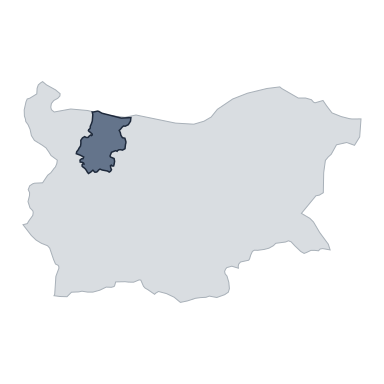 Vratsa highlighted on a map of Bulgaria
{"feature_id": "BGR-2251", "entity_name": "Vratsa", "entity_type": "Province", "adm_level": 1, "iso_a3": "BGR", "parent_name": "Bulgaria", "parent_adm1": "", "projection": "mercator", "projection_center": [23.765, 43.427], "detail": "fine", "context": "in_parent", "style": "filled", "palette": "slate", "viewbox_px": 384, "rotation_deg": 0, "n_neighbors": 0, "source": "natural_earth", "source_scale": "10m", "svg_char_len": 3459}
<svg xmlns="http://www.w3.org/2000/svg" viewBox="0 0 384 384"><path d="M330.1,249.9L322.7,248.6L320.2,249.0L318.5,250.8L315.1,250.4L310.9,250.4L306.5,252.5L304.1,253.4L300.8,251.5L294.8,245.8L291.1,241.8L288.4,240.8L285.6,242.0L275.8,243.3L273.4,245.7L268.9,248.2L264.3,249.4L257.8,250.3L254.3,250.2L252.4,251.4L250.7,255.1L249.6,258.8L248.7,260.2L240.5,262.0L238.7,264.1L238.2,266.2L238.4,268.2L231.8,266.2L226.8,267.6L225.6,269.1L224.6,271.4L225.1,273.8L227.0,276.1L228.8,282.3L229.4,288.6L228.3,292.2L224.6,294.7L216.8,297.5L209.3,296.1L206.0,297.3L200.5,297.6L195.4,298.3L187.5,300.9L180.4,302.4L174.1,297.2L166.5,293.6L158.5,291.5L155.8,293.1L154.6,294.3L147.9,289.7L145.0,288.0L143.5,286.3L140.8,280.1L139.1,279.9L133.6,282.2L128.4,282.1L125.2,281.7L115.7,281.9L114.5,286.1L113.3,286.8L111.3,287.3L106.2,287.1L99.8,290.2L92.9,292.1L87.6,292.1L82.0,291.2L78.7,291.9L71.5,292.2L67.0,296.7L59.9,296.5L54.0,295.7L54.7,294.3L55.9,276.3L58.9,268.2L58.8,266.5L58.1,265.3L55.5,264.0L53.6,259.6L49.7,248.1L47.5,245.7L41.4,243.3L36.0,240.0L31.4,235.6L23.0,224.7L27.3,223.6L28.5,221.4L32.8,215.4L33.2,212.4L32.8,210.8L30.0,207.9L28.0,201.6L29.5,195.6L29.6,192.6L28.2,189.6L29.7,185.8L32.7,183.8L34.6,183.2L42.6,182.8L47.7,175.2L50.8,172.8L54.0,168.5L55.4,167.0L56.8,163.6L57.3,160.2L51.0,155.5L48.8,151.9L46.0,147.9L42.1,145.1L34.4,140.4L31.4,135.6L30.1,129.4L28.0,124.6L25.8,121.6L25.4,119.0L24.4,116.0L24.2,109.9L26.0,101.8L27.2,99.0L29.8,98.2L36.8,93.9L37.1,88.3L38.3,84.9L40.6,82.9L42.6,81.6L46.4,84.8L55.6,89.9L60.1,93.7L59.9,96.0L57.8,98.3L53.8,100.5L51.4,103.5L50.8,107.1L51.4,109.7L54.2,112.0L70.7,109.0L87.5,110.5L110.0,115.6L125.0,117.3L136.0,115.0L156.5,119.2L175.5,123.1L193.8,124.2L204.0,121.2L211.2,117.0L217.4,109.3L232.7,99.0L247.5,93.2L266.9,88.5L279.8,86.9L281.7,88.5L298.2,98.0L305.5,98.0L311.4,99.7L313.6,102.2L315.1,102.8L323.0,100.5L326.5,105.7L332.0,112.9L341.3,116.6L349.6,118.7L352.2,119.0L361.0,118.9L359.7,136.9L354.5,145.3L346.6,142.5L336.5,144.8L331.2,154.3L328.1,157.1L325.4,160.4L323.7,172.6L323.3,192.7L319.4,195.1L315.9,195.8L301.4,213.4L309.8,218.3L313.5,222.0L319.6,232.4L328.3,244.2L330.1,249.9Z" fill="#d9dde1" stroke="#a8b0b8" stroke-width="1"/><path d="M92.2,112.0L93.0,112.1L97.6,111.1L98.8,111.4L101.9,113.2L120.8,118.0L121.3,118.1L130.9,117.6L130.5,121.2L128.3,124.7L125.2,126.2L123.5,126.0L122.0,127.3L120.6,129.1L119.2,130.4L120.3,132.6L120.9,135.3L122.4,137.7L124.9,138.2L125.9,141.7L125.9,142.9L125.5,144.4L125.0,148.7L122.5,150.1L120.6,149.7L118.8,149.8L117.7,150.5L117.1,151.3L116.3,150.9L115.5,150.7L111.5,152.3L110.6,154.5L110.0,156.0L110.5,157.0L114.1,158.5L114.6,161.3L114.1,164.3L113.6,166.0L112.2,166.0L111.3,165.1L110.4,165.7L110.7,167.8L111.5,169.7L110.5,171.3L109.2,172.1L108.3,171.5L107.4,171.0L102.1,170.0L100.0,169.1L98.5,170.1L97.4,171.6L96.0,172.2L94.6,172.1L93.8,171.1L92.9,170.2L90.6,172.2L88.5,173.5L87.4,172.2L86.5,170.6L85.3,168.9L83.8,167.6L82.9,167.0L82.1,166.2L82.1,164.7L82.8,164.0L84.0,164.0L83.6,163.0L81.9,162.2L80.2,162.1L80.0,160.1L81.5,158.8L83.0,158.7L83.7,157.0L80.3,155.2L76.3,153.7L76.7,151.7L78.1,150.0L79.2,147.9L80.5,146.1L80.9,143.2L80.8,140.3L82.5,137.9L84.7,136.6L86.0,137.4L87.0,137.5L88.1,137.4L89.3,136.0L90.6,135.0L91.5,135.6L92.3,134.9L92.2,134.0L91.5,133.6L91.0,133.0L90.5,132.3L89.9,132.1L89.3,131.7L88.4,130.7L88.7,129.6L89.6,129.0L90.3,128.0L90.2,127.1L90.3,126.2L91.4,123.7L92.3,121.0L92.8,114.5L92.2,112.0Z" fill="#64748b" stroke="#1e293b" stroke-width="1.5"/></svg>